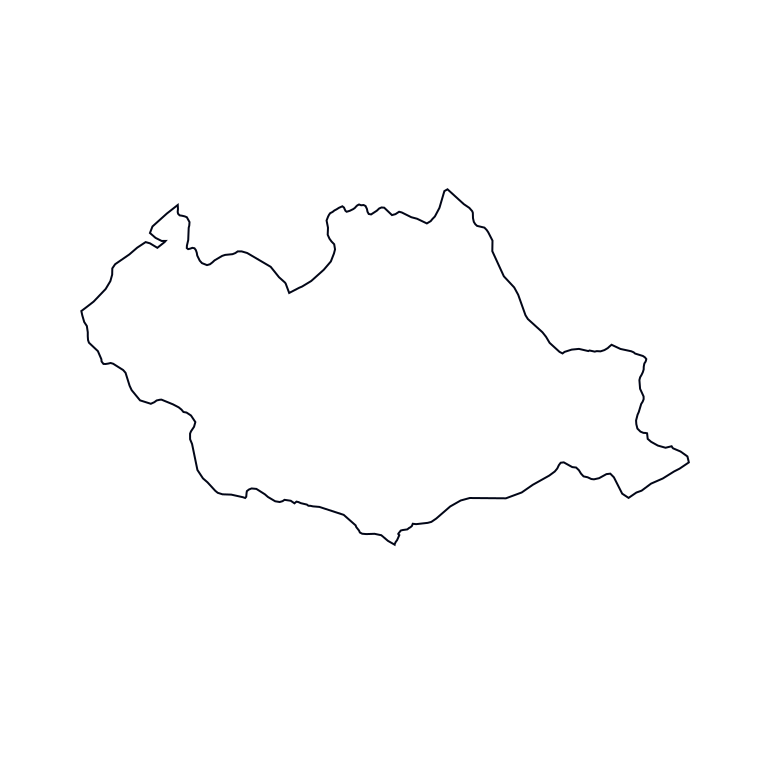 the border of Beja, rotated 41°
{"feature_id": "PRT-743", "entity_name": "Beja", "entity_type": "District", "adm_level": 1, "iso_a3": "PRT", "parent_name": "Portugal", "parent_adm1": "", "projection": "albers", "projection_center": [-7.969, 37.829], "detail": "fine", "context": "isolated", "style": "outline", "palette": "ink", "viewbox_px": 768, "rotation_deg": 41, "n_neighbors": 0, "source": "natural_earth", "source_scale": "10m", "svg_char_len": 4029}
<svg xmlns="http://www.w3.org/2000/svg" viewBox="0 0 768 768"><g transform="rotate(41 384 384)"><path d="M664.6,242.5L665.5,243.2L662.6,254.0L660.3,259.7L656.4,272.4L650.9,284.0L648.4,295.5L645.7,300.3L643.3,309.5L635.7,310.5L618.7,303.6L613.6,303.2L611.0,306.1L608.1,314.0L605.0,318.2L602.8,319.7L598.9,320.8L595.2,322.8L591.5,322.4L587.7,321.2L583.8,321.0L580.6,323.2L571.1,325.2L569.0,327.5L569.2,330.5L570.2,334.1L570.3,338.0L568.8,344.7L562.4,362.5L559.1,375.5L551.0,390.3L523.5,413.8L518.3,421.6L514.3,433.0L511.7,451.3L510.2,457.0L508.1,460.1L500.2,468.7L497.4,470.6L498.2,472.9L497.9,474.8L497.3,476.5L497.0,478.4L493.8,482.1L492.8,483.6L493.0,487.6L493.5,488.0L494.7,488.0L496.3,493.2L496.5,495.7L497.2,498.0L497.4,498.3L489.9,499.8L481.2,499.9L475.1,503.3L469.1,508.9L465.8,511.3L463.2,511.9L461.3,511.0L457.0,510.2L455.3,509.3L439.4,509.2L415.8,519.2L410.6,523.0L408.4,524.2L406.8,525.5L404.9,525.6L399.4,528.5L397.0,529.2L395.1,530.2L394.7,532.8L390.2,533.3L384.9,536.7L384.3,539.0L382.7,541.5L378.8,543.9L370.5,545.4L366.4,545.4L356.5,546.9L352.6,549.7L351.3,552.2L350.8,554.8L351.7,556.3L354.0,559.5L354.0,561.1L351.8,562.0L341.3,567.7L334.5,573.2L329.9,575.2L326.7,575.3L315.3,574.0L309.3,574.0L299.6,571.3L278.5,555.2L273.9,552.9L270.2,548.7L269.4,546.4L268.7,540.9L266.6,536.5L259.0,534.4L253.7,535.1L251.0,536.7L247.9,536.2L244.4,536.3L238.1,537.8L226.3,541.8L225.2,542.9L223.2,545.6L222.6,548.4L221.0,551.9L215.9,554.1L210.6,556.4L197.6,554.2L193.1,552.2L181.6,545.1L178.0,544.6L166.3,546.4L163.9,547.5L162.4,549.6L160.7,551.6L159.1,552.9L156.1,552.3L154.4,550.7L146.5,546.9L134.2,546.4L131.8,545.0L129.1,542.3L126.5,539.3L121.7,535.2L117.1,533.9L111.2,530.1L107.7,527.5L108.8,522.4L110.8,512.3L111.6,494.9L110.0,485.9L107.1,479.8L103.1,475.0L102.5,470.0L106.8,453.3L108.3,443.0L111.0,433.3L115.0,431.4L123.6,429.9L125.3,420.8L125.3,419.3L122.4,421.9L115.7,423.6L108.3,423.6L105.9,417.0L108.3,397.7L110.9,384.2L113.7,387.1L115.4,389.5L116.9,390.6L119.1,390.8L121.2,389.5L123.7,388.2L125.8,387.5L131.0,389.4L133.1,392.2L134.1,394.2L141.8,403.8L144.5,408.9L146.0,410.8L147.7,410.7L149.0,408.9L150.0,407.0L151.9,405.9L154.2,406.4L156.6,407.8L158.8,409.6L164.0,411.8L167.3,412.2L172.4,410.4L174.1,407.8L174.7,404.8L175.0,401.9L177.8,393.5L179.4,390.8L184.5,385.4L185.9,382.7L186.6,379.9L189.6,377.3L194.8,374.9L221.6,369.9L234.8,372.3L242.7,372.4L243.9,372.7L252.7,377.5L256.9,366.9L258.2,364.3L261.5,354.0L263.6,337.3L263.5,326.4L260.6,318.3L258.7,314.5L254.7,311.2L250.9,310.9L247.5,310.1L243.6,308.3L239.2,302.8L233.4,298.3L232.0,294.4L231.5,292.4L231.3,290.4L232.3,287.9L232.7,285.6L233.6,283.3L234.4,280.6L236.0,277.2L238.1,277.1L239.7,277.9L241.4,278.6L242.8,278.5L243.9,276.8L244.6,275.6L246.1,272.0L246.5,270.1L246.5,268.2L246.7,266.6L247.4,264.9L249.5,264.1L251.2,262.3L253.3,261.8L256.3,263.1L258.5,264.8L260.9,265.7L263.0,264.5L264.9,257.9L265.2,254.7L266.3,252.4L268.5,250.8L279.2,251.3L281.2,248.3L282.4,244.1L284.8,242.9L295.2,240.2L300.5,237.6L311.0,234.7L312.4,230.4L312.3,227.8L312.5,224.2L310.3,214.7L303.0,198.8L304.2,195.4L326.2,195.9L332.9,195.1L337.2,195.7L338.7,196.5L342.3,200.4L345.4,202.7L348.0,203.5L350.5,203.6L357.2,200.1L360.5,200.4L363.1,201.1L371.8,204.6L378.6,212.7L403.8,224.1L418.9,225.7L426.7,228.6L445.7,239.3L450.0,240.6L469.6,241.0L475.4,242.1L482.0,244.3L495.4,244.6L498.7,243.8L499.2,241.3L503.1,234.9L508.1,229.6L516.6,225.1L517.1,223.9L521.8,221.3L523.0,219.6L526.0,217.3L528.1,213.8L529.3,210.2L529.6,207.6L530.0,205.1L539.5,202.4L549.1,197.1L551.6,196.3L553.5,196.3L561.0,193.0L563.5,192.7L565.6,193.1L566.4,194.6L566.8,195.8L567.0,197.6L567.7,198.9L568.8,200.7L570.4,202.6L571.6,205.3L572.4,208.2L572.9,210.9L574.2,213.5L580.4,219.6L588.1,223.1L589.9,225.1L590.8,227.6L591.2,230.3L594.7,238.1L595.5,240.8L598.2,246.2L600.8,248.8L604.5,251.4L608.8,251.7L611.8,250.7L613.6,249.3L614.9,248.6L619.0,252.4L623.5,252.4L631.1,250.8L638.3,247.4L641.9,242.3L643.5,242.8L644.4,242.9L652.1,240.4L660.5,239.6L664.6,242.5Z" fill="none" stroke="#020617" stroke-width="2"/></g></svg>